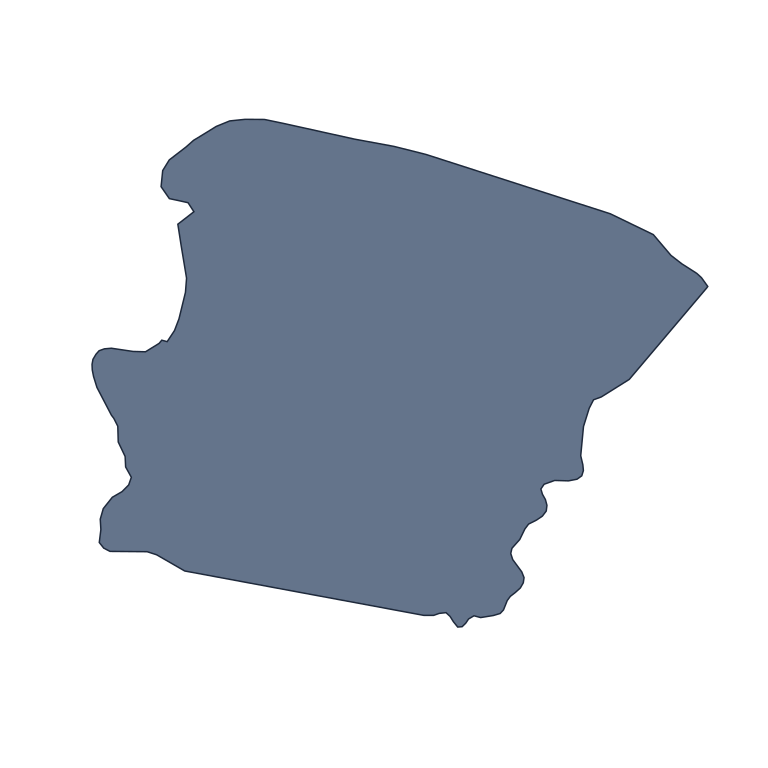 the District of Saramacca, rotated 15°
{"feature_id": "SUR-73", "entity_name": "Saramacca", "entity_type": "District", "adm_level": 1, "iso_a3": "SUR", "parent_name": "Suriname", "parent_adm1": "", "projection": "mercator", "projection_center": [-55.645, 5.696], "detail": "fine", "context": "isolated", "style": "filled", "palette": "slate", "viewbox_px": 768, "rotation_deg": 15, "n_neighbors": 0, "source": "natural_earth", "source_scale": "10m", "svg_char_len": 1534}
<svg xmlns="http://www.w3.org/2000/svg" viewBox="0 0 768 768"><g transform="rotate(15 384 384)"><path d="M158.0,399.2L163.6,399.2L167.8,386.6L169.1,374.1L168.5,346.9L165.9,332.9L152.2,302.7L143.5,283.0L155.8,266.8L147.8,259.6L138.1,260.0L128.7,260.5L117.6,251.1L115.0,235.1L118.6,223.1L131.5,206.2L137.0,197.9L147.5,186.9L155.3,178.6L166.9,169.8L181.3,164.3L200.1,159.4L219.5,158.3L292.1,155.1L332.3,151.9L365.2,151.4L558.5,161.0L605.5,170.0L627.9,185.5L640.5,190.8L657.5,196.2L663.1,199.1L671.5,206.0L671.0,207.4L619.7,316.1L597.2,340.3L590.5,345.0L588.5,354.3L587.7,373.4L592.6,402.4L597.0,410.6L599.0,416.0L598.8,421.5L595.1,426.0L587.3,429.8L573.8,433.0L564.6,439.4L562.7,444.8L565.6,449.5L569.8,453.8L572.8,459.0L573.6,464.7L571.2,470.6L566.6,475.9L559.9,481.9L557.6,487.6L555.4,499.0L550.1,509.6L550.3,514.9L553.8,520.3L565.7,529.8L569.4,534.8L570.0,540.0L568.5,545.7L564.8,551.4L561.0,556.4L559.1,561.2L557.9,571.3L555.6,575.6L549.6,579.3L537.8,584.6L530.9,584.6L526.5,589.1L524.9,593.8L522.3,598.2L518.1,599.7L512.5,595.6L508.0,591.4L503.1,588.8L496.7,591.3L491.9,594.6L482.2,597.2L239.9,616.2L208.5,607.8L198.6,607.3L162.7,616.6L155.8,615.1L150.0,610.8L148.2,597.9L144.9,588.0L145.1,577.0L150.9,563.7L158.8,555.8L163.5,547.6L164.1,539.5L155.9,531.0L152.7,521.0L142.3,508.8L137.8,493.7L131.9,487.1L128.8,484.7L107.6,461.6L101.5,451.9L98.6,446.0L96.9,440.6L96.5,435.5L98.1,429.8L100.2,425.6L104.8,422.4L111.4,420.0L133.2,417.5L145.3,414.6L156.3,402.9L158.0,399.2Z" fill="#64748b" stroke="#1e293b" stroke-width="1.5"/></g></svg>